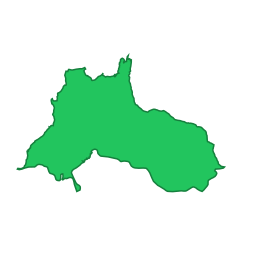 Toplet, Caras-Severin, Romania, rotated 190°
{"feature_id": "2599482B38762521341825", "entity_name": "Toplet", "entity_type": "district", "adm_level": 2, "iso_a3": "ROU", "parent_name": "Romania", "parent_adm1": "Caras-Severin", "projection": "albers", "projection_center": [22.349, 44.793], "detail": "fine", "context": "isolated", "style": "filled", "palette": "green", "viewbox_px": 256, "rotation_deg": 190, "n_neighbors": 0, "source": "geoboundaries", "source_scale": "gbopen_adm2", "svg_char_len": 5829}
<svg xmlns="http://www.w3.org/2000/svg" viewBox="0 0 256 256"><g transform="rotate(190 128 128)"><path d="M207.6,143.7L208.4,143.0L208.4,141.7L207.8,140.1L207.5,139.6L207.2,138.6L206.3,138.3L205.7,137.7L204.9,136.7L204.0,135.1L204.1,133.4L204.2,132.4L203.9,130.5L204.5,128.4L203.9,127.4L203.4,127.0L202.8,126.2L202.5,125.1L201.8,123.8L201.7,122.6L201.7,121.7L201.9,121.2L202.0,120.6L202.3,119.4L202.1,118.6L202.2,118.1L202.0,117.4L203.5,117.3L204.4,116.7L204.5,116.0L205.0,115.5L205.3,115.4L205.9,115.5L205.7,114.2L205.9,113.8L207.1,112.6L207.7,111.1L208.5,109.8L209.1,109.2L209.5,107.2L210.4,105.6L211.2,104.7L212.4,103.7L213.3,102.6L214.8,101.1L216.0,100.2L217.5,98.8L217.4,97.8L218.3,97.1L220.5,94.2L220.7,93.5L220.8,93.0L220.6,92.4L220.6,91.5L221.0,91.0L221.3,91.0L221.5,90.2L221.8,89.9L221.6,89.9L221.6,89.6L222.3,89.4L222.7,88.5L222.2,88.1L222.1,87.9L222.2,87.7L222.4,87.4L223.3,87.4L221.9,83.3L222.0,81.5L221.8,80.5L222.7,78.9L222.4,77.3L222.4,75.1L222.6,73.8L223.2,73.1L223.4,72.6L223.5,72.0L223.4,71.4L223.8,71.0L226.0,69.5L227.9,69.1L228.1,69.2L229.5,69.1L229.8,68.3L227.9,68.1L225.3,69.1L223.0,70.5L219.1,72.3L213.1,73.5L212.0,74.6L211.1,75.8L210.3,76.4L208.9,76.8L205.9,76.8L203.8,75.8L201.4,75.7L200.4,75.2L198.4,71.5L197.3,70.1L196.6,69.8L194.1,69.5L192.6,68.9L191.6,68.0L190.1,65.0L189.4,64.4L188.8,64.2L187.8,64.1L186.7,64.2L186.2,64.4L185.8,64.8L185.6,67.2L186.1,70.4L185.6,70.9L185.0,71.3L184.3,71.5L183.7,69.6L183.5,67.9L183.7,66.9L184.0,65.9L183.5,65.6L182.8,65.9L181.6,67.4L179.8,67.5L178.7,68.0L177.8,68.7L176.4,69.3L174.6,69.2L173.2,68.2L171.9,65.6L171.0,63.2L167.4,56.6L164.5,58.6L164.5,60.4L164.8,61.7L165.3,62.3L166.0,62.9L168.2,63.7L169.7,64.9L173.4,70.1L175.9,73.9L175.9,74.7L175.6,76.2L174.5,77.8L172.0,79.8L168.8,83.2L167.9,84.7L167.3,85.4L165.9,86.4L166.9,87.5L166.6,87.5L165.5,86.7L165.0,87.3L165.3,88.0L164.8,88.6L164.9,89.2L163.8,90.0L163.7,89.8L162.9,90.1L163.2,91.0L162.5,91.0L162.3,91.1L161.8,91.2L161.0,91.5L161.2,92.5L160.4,92.7L160.4,94.2L160.5,95.9L160.1,95.8L160.1,96.2L159.5,96.7L159.7,97.4L159.2,97.6L159.3,97.8L159.6,97.8L160.1,98.1L160.2,98.5L159.5,99.8L157.6,101.2L156.7,101.4L155.6,101.3L154.8,101.0L154.2,100.3L153.1,97.6L150.7,95.9L149.8,95.6L142.6,96.1L133.3,95.7L131.7,95.2L129.5,93.8L128.8,93.8L127.1,94.5L125.4,94.9L122.1,95.0L120.6,94.4L119.4,92.7L118.1,91.1L116.0,90.1L115.2,90.0L114.1,89.9L110.4,90.3L106.2,91.2L103.4,91.5L102.7,91.3L100.5,89.6L98.7,87.6L96.0,83.3L93.6,79.9L88.7,76.7L86.6,76.0L81.8,74.1L79.5,72.9L78.1,72.5L73.0,73.1L64.6,75.4L61.9,75.6L60.1,76.0L59.1,76.7L55.0,80.4L53.9,81.2L52.5,81.3L50.5,80.7L49.2,79.9L46.6,78.9L44.0,78.4L42.6,80.1L40.0,84.6L39.4,86.2L39.9,89.6L39.7,90.5L37.2,92.8L35.7,93.8L33.9,95.4L32.9,97.3L32.7,98.8L32.9,99.2L33.8,100.2L35.1,100.9L35.0,101.8L34.7,102.7L30.7,103.7L28.3,104.6L27.0,105.2L26.2,106.4L29.4,106.4L32.6,108.2L33.5,110.4L34.5,111.4L35.6,113.5L36.8,114.5L37.3,115.1L37.7,115.8L38.1,116.9L39.7,119.0L40.4,120.3L40.7,121.8L40.5,123.1L40.6,124.0L40.4,125.2L40.5,125.7L40.5,126.4L41.8,126.8L43.1,127.4L44.7,127.6L45.6,128.2L47.3,128.4L47.8,129.6L48.9,134.2L49.8,135.5L50.0,136.6L50.6,137.8L51.0,138.3L53.1,139.5L55.7,141.3L56.7,141.5L58.6,141.5L59.6,141.2L60.3,141.3L60.7,141.5L61.4,142.5L62.0,142.9L64.6,143.5L67.2,143.6L68.3,143.3L69.6,143.5L70.6,143.1L71.1,143.1L73.9,144.0L75.1,143.9L78.1,144.3L80.3,144.2L83.2,144.4L84.5,145.2L85.4,146.0L86.8,146.5L88.3,147.2L90.3,149.0L92.2,149.7L93.7,150.5L95.9,151.3L96.9,150.9L97.8,150.4L99.1,150.3L101.0,150.4L102.2,150.8L103.7,150.9L104.6,151.1L106.1,150.9L107.1,150.4L110.1,148.5L111.3,147.0L115.4,147.4L116.8,147.9L118.5,149.2L120.8,150.3L121.5,150.8L122.7,152.0L123.9,152.2L124.8,152.5L125.3,153.4L126.4,154.9L126.9,156.7L127.1,157.3L127.3,158.3L128.5,159.7L129.7,161.9L129.8,162.3L130.0,164.0L130.8,165.7L131.7,166.8L132.0,168.8L132.5,169.4L133.4,172.0L134.6,173.6L135.1,174.8L135.0,175.7L135.1,176.5L135.2,178.3L136.2,179.2L136.4,180.3L135.8,181.3L135.7,181.8L135.8,182.4L136.4,183.3L135.4,184.4L135.5,184.9L135.9,185.7L136.1,187.2L136.0,189.4L136.2,193.5L136.5,195.2L137.0,194.6L137.3,194.7L137.3,195.7L137.4,195.9L138.6,196.4L139.6,195.7L139.8,195.7L140.1,195.8L140.1,196.8L140.6,197.6L140.7,198.1L140.3,199.1L140.3,199.4L141.1,198.0L141.0,196.9L141.2,196.0L141.2,194.3L141.0,193.6L141.0,193.2L141.9,193.1L143.1,192.1L143.3,191.6L143.6,191.5L143.8,192.2L143.2,193.6L143.4,194.1L144.0,194.9L145.0,195.5L145.8,195.7L146.6,195.0L147.2,194.1L147.2,193.5L146.9,192.6L147.2,192.2L147.2,191.0L147.7,190.7L147.8,190.4L147.5,189.8L147.4,189.6L147.6,189.2L147.5,188.8L147.1,188.0L147.1,187.7L147.3,187.1L147.0,186.5L147.5,185.3L147.5,184.5L147.3,183.8L147.7,182.9L147.7,181.4L147.4,181.0L146.6,180.5L147.2,180.1L148.3,179.5L148.6,178.3L149.5,176.6L149.8,176.2L150.0,176.2L150.2,176.4L149.9,178.3L150.0,178.5L150.3,178.4L150.9,177.0L151.8,176.4L153.8,175.7L154.4,175.3L157.4,175.2L158.5,174.7L159.0,174.3L161.1,175.3L162.3,175.5L162.4,175.8L162.1,176.7L162.1,177.1L162.3,177.2L162.6,176.5L163.1,175.8L164.4,174.4L165.5,173.9L166.3,173.3L166.9,172.1L167.8,171.2L168.2,170.3L168.9,169.7L169.6,169.2L170.8,168.9L171.3,168.6L171.9,168.6L172.1,168.8L172.4,169.5L173.1,170.6L173.7,171.1L175.7,171.8L176.8,172.5L177.1,172.5L177.2,172.2L178.6,172.6L179.4,173.5L180.7,175.4L181.1,176.2L181.3,176.8L181.2,177.2L180.9,177.9L180.0,178.7L181.1,180.0L183.7,178.3L185.4,178.1L189.2,176.9L192.9,175.4L194.5,175.3L195.7,175.5L196.7,175.3L196.8,174.1L197.2,173.8L197.2,173.2L198.9,173.2L199.4,169.0L198.2,166.7L197.9,165.9L197.6,163.6L196.8,161.8L196.4,160.2L196.4,159.7L196.7,159.3L197.6,159.3L197.9,159.1L198.7,157.9L198.9,157.3L198.9,156.6L199.2,155.5L200.4,152.6L202.1,150.7L202.8,150.5L203.2,150.1L203.3,149.4L202.7,147.8L203.3,146.4L202.8,145.3L202.7,144.9L202.8,143.9L202.6,142.6L203.3,142.3L205.9,141.7L207.2,142.7L207.6,143.7Z" fill="#22c55e" stroke="#15803d" stroke-width="1.5"/></g></svg>